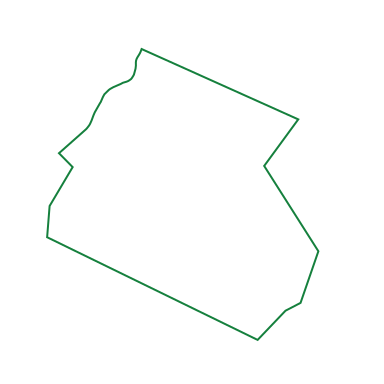 Enfield, Albers equal-area conic projection, rotated 198°
{"feature_id": "GBR-2067", "entity_name": "Enfield", "entity_type": "London Borough", "adm_level": 1, "iso_a3": "GBR", "parent_name": "United Kingdom", "parent_adm1": "", "projection": "albers", "projection_center": [-0.041, 51.645], "detail": "fine", "context": "isolated", "style": "outline", "palette": "green", "viewbox_px": 384, "rotation_deg": 198, "n_neighbors": 0, "source": "natural_earth", "source_scale": "10m", "svg_char_len": 711}
<svg xmlns="http://www.w3.org/2000/svg" viewBox="0 0 384 384"><g transform="rotate(198 192 192)"><path d="M83.9,71.6L315.8,104.2L323.1,134.7L313.2,178.8L330.5,187.8L313.9,216.0L312.2,218.9L311.6,220.2L310.4,223.5L310.0,225.3L309.6,229.0L309.4,234.3L309.1,237.7L307.0,247.9L306.6,249.4L306.1,254.7L305.8,256.4L305.5,257.9L302.7,263.3L301.7,264.7L299.2,267.4L293.0,272.9L291.5,274.5L288.3,276.7L286.9,277.9L285.8,279.3L284.8,280.7L284.4,281.8L283.8,284.1L283.5,285.7L283.8,291.8L284.4,294.8L285.5,298.1L285.8,299.7L285.8,301.5L285.5,303.3L284.8,306.1L284.4,308.0L284.2,309.9L284.1,312.4L113.4,293.9L131.4,239.1L53.5,174.7L54.5,120.1L66.4,108.0L83.9,71.6Z" fill="none" stroke="#15803d" stroke-width="2"/></g></svg>